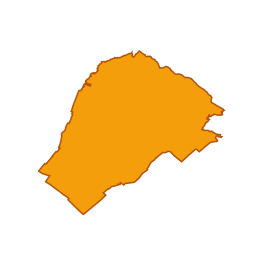 Candesti, Neamt, Romania, rotated 165°
{"feature_id": "2599482B29672105595904", "entity_name": "Candesti", "entity_type": "district", "adm_level": 2, "iso_a3": "ROU", "parent_name": "Romania", "parent_adm1": "Neamt", "projection": "equal_earth", "projection_center": [26.554, 46.712], "detail": "fine", "context": "isolated", "style": "filled", "palette": "amber", "viewbox_px": 256, "rotation_deg": 165, "n_neighbors": 0, "source": "geoboundaries", "source_scale": "gbopen_adm2", "svg_char_len": 5697}
<svg xmlns="http://www.w3.org/2000/svg" viewBox="0 0 256 256"><g transform="rotate(165 128 128)"><path d="M97.2,199.5L99.7,197.8L101.3,197.4L102.4,196.2L103.9,195.4L104.6,195.1L105.4,196.8L104.7,197.4L104.8,197.9L104.8,198.6L105.3,198.9L104.8,199.9L105.9,199.3L107.2,199.5L108.6,199.5L109.3,199.2L111.9,198.8L113.1,199.0L113.4,199.0L113.6,198.7L114.0,198.6L115.5,198.6L116.3,198.1L117.1,198.1L118.3,198.2L120.3,198.7L121.9,198.9L122.1,199.2L122.5,199.4L122.5,199.2L123.0,199.1L123.6,198.8L125.0,198.9L125.9,198.6L126.7,198.9L127.3,198.4L128.4,198.3L128.9,198.0L130.7,198.3L131.6,197.8L132.5,197.8L132.4,197.5L132.8,197.3L133.1,197.5L133.3,197.7L133.3,198.1L133.6,198.3L135.9,198.7L136.4,198.9L136.6,198.8L136.3,198.3L136.7,197.6L137.8,197.1L138.6,197.1L139.7,196.1L140.6,195.8L140.4,195.5L141.2,194.6L141.3,194.2L141.9,193.8L141.8,193.6L142.5,193.2L142.4,192.9L142.1,192.6L142.3,192.1L142.0,191.8L142.0,191.5L142.2,191.2L142.6,191.1L142.7,190.9L143.3,190.8L143.5,190.3L143.9,190.2L144.1,189.9L144.8,189.6L145.1,189.8L145.8,189.8L146.1,189.6L146.4,189.0L146.9,189.2L146.9,189.4L147.2,189.9L147.1,190.2L147.4,190.3L147.6,190.1L147.4,189.8L147.5,189.7L148.0,189.8L148.1,190.1L148.3,190.2L148.6,189.9L149.3,190.0L150.3,189.6L150.4,188.9L150.3,188.3L150.6,188.2L150.3,188.0L150.3,187.7L151.6,187.4L152.7,186.3L153.6,185.9L154.1,185.8L154.2,185.5L154.5,185.6L155.1,185.4L155.8,184.9L156.6,184.6L156.7,184.3L156.2,184.3L156.2,184.0L156.3,183.7L157.5,182.4L155.6,181.5L152.7,179.7L153.6,178.3L156.9,180.7L158.6,181.6L158.7,181.3L159.4,181.3L159.5,181.2L159.4,181.0L159.5,180.9L159.9,180.8L160.1,180.6L160.2,180.2L159.6,179.5L159.5,179.3L160.0,179.0L160.9,179.2L161.4,179.1L162.0,177.6L162.3,177.5L162.6,177.6L162.8,177.4L163.0,177.3L162.8,176.9L163.0,176.7L164.5,176.3L164.8,176.4L165.3,176.9L165.5,176.9L165.7,176.4L166.0,176.4L166.3,176.2L172.5,167.5L172.9,167.1L174.3,165.2L175.2,163.7L175.8,163.1L176.3,162.0L178.0,159.4L178.6,158.7L177.2,157.6L178.7,156.2L178.1,155.3L178.1,155.1L180.7,152.0L180.6,151.8L180.7,151.5L183.7,147.9L184.6,148.4L186.6,146.6L188.1,144.5L188.8,143.0L189.7,141.8L192.1,140.8L193.6,139.8L193.9,139.1L194.1,137.5L194.4,136.5L195.4,134.7L196.0,133.3L197.2,131.0L199.2,128.0L199.3,128.1L199.8,127.4L199.1,127.0L199.8,126.4L199.1,125.9L201.4,124.2L203.0,123.3L203.6,123.8L208.5,120.4L208.2,120.1L216.6,114.4L217.6,115.2L225.4,109.6L225.3,109.3L224.9,108.8L224.2,108.1L222.6,106.1L221.5,105.6L220.4,104.7L219.1,104.0L218.0,103.1L217.1,102.8L216.0,102.2L221.5,97.4L221.4,97.2L221.0,96.9L219.9,95.7L217.7,93.4L214.0,88.6L209.1,82.5L207.6,80.3L205.4,77.9L203.4,75.2L203.6,74.8L204.5,74.2L196.2,60.0L193.6,56.1L193.2,56.2L172.8,65.6L166.8,68.9L168.7,71.6L163.2,74.4L162.9,74.0L161.0,74.5L159.0,75.9L158.0,75.4L151.1,75.6L151.5,76.0L150.1,75.7L149.5,77.2L146.9,74.1L146.0,74.4L145.0,75.3L144.4,75.0L135.8,73.9L135.4,74.2L131.0,76.3L128.3,78.4L128.1,78.7L127.2,79.4L124.8,80.9L123.7,81.1L123.0,81.5L120.9,82.1L120.0,82.7L119.8,82.9L120.1,83.7L118.8,84.6L117.9,85.8L116.9,86.4L116.1,87.6L114.7,88.8L111.4,90.1L110.6,90.5L110.1,91.0L105.3,93.3L102.6,94.4L101.6,95.0L101.2,95.5L99.5,94.8L98.2,94.6L96.5,94.8L95.6,95.1L94.9,94.9L93.4,94.2L92.7,93.4L92.5,92.9L91.1,90.1L85.0,81.5L76.5,86.0L71.0,88.7L68.0,90.0L67.0,89.3L65.5,86.7L65.3,86.6L59.4,89.5L53.5,92.2L52.1,92.7L51.3,92.8L50.1,92.7L49.0,92.4L47.4,92.4L45.8,92.0L45.1,92.2L44.8,92.5L44.7,92.7L45.0,93.4L45.2,94.1L46.1,95.3L46.1,95.6L45.1,97.1L44.3,97.5L43.2,97.1L43.3,96.7L43.1,96.0L41.5,95.6L40.4,94.9L39.7,95.3L41.2,96.0L41.0,96.7L40.4,97.5L40.6,97.7L40.9,97.9L41.4,97.8L42.1,98.0L42.6,98.5L44.8,99.6L45.2,100.2L45.6,100.3L45.9,100.9L46.8,101.7L47.1,102.3L47.6,102.4L48.0,103.3L48.3,103.4L48.7,103.1L49.7,103.4L50.2,103.6L50.6,104.7L51.7,105.0L52.3,105.3L53.4,105.4L53.9,105.6L54.5,105.7L55.8,106.6L55.6,107.0L55.9,107.0L56.2,107.4L56.5,107.2L57.0,107.4L56.1,108.1L55.9,108.9L55.4,109.1L54.9,109.8L54.6,110.0L53.5,110.4L52.3,112.2L51.9,112.3L51.5,112.7L51.6,113.0L51.4,113.2L50.8,113.5L50.1,113.3L49.4,113.5L47.5,115.1L47.2,115.2L47.7,115.8L49.1,116.0L49.3,116.3L48.8,116.7L49.3,117.1L49.2,117.2L48.6,117.0L48.4,117.3L48.1,117.3L48.0,117.5L47.7,117.4L47.5,117.5L47.5,117.9L47.2,118.2L47.5,118.3L47.1,118.7L46.6,119.5L46.2,119.8L46.0,119.6L46.0,119.2L46.9,118.4L46.3,118.1L45.9,118.3L45.5,118.3L44.9,117.6L43.9,118.4L43.1,118.5L42.9,118.3L41.3,119.0L41.2,118.8L40.0,118.5L39.2,117.8L38.1,117.3L37.6,117.3L36.7,116.8L36.0,116.8L35.1,116.4L34.4,116.6L34.1,116.3L33.3,116.5L33.2,116.7L33.6,117.2L33.3,117.7L33.5,118.1L33.2,118.4L33.8,118.7L33.9,119.2L33.1,119.7L32.8,119.5L32.3,119.5L30.6,120.2L31.1,120.5L31.3,121.3L31.2,121.5L31.8,121.9L33.5,123.9L36.4,126.5L37.6,128.0L40.7,131.0L41.1,131.4L40.2,134.2L39.3,135.3L39.1,135.8L39.6,136.6L39.7,137.7L40.0,138.0L41.3,139.1L41.9,140.3L42.1,141.5L42.8,142.7L43.8,143.8L44.3,144.8L44.4,145.3L45.3,146.0L45.9,146.8L46.6,147.3L48.1,149.2L49.0,150.0L49.5,150.9L50.1,151.8L50.7,153.3L51.8,155.1L52.3,155.7L52.9,157.2L53.8,158.9L54.7,159.8L56.6,161.0L60.2,162.2L61.5,164.3L62.5,165.6L64.9,167.0L66.0,167.3L67.2,167.4L68.0,167.7L68.7,168.1L68.8,168.4L69.1,168.7L69.3,169.2L69.8,170.0L70.0,170.1L70.2,171.1L71.3,172.0L71.3,172.6L71.7,172.9L72.0,174.3L72.3,174.6L72.2,174.8L72.5,174.9L73.5,176.4L75.3,177.6L75.7,177.7L77.7,177.1L79.4,177.1L80.3,177.5L81.5,177.5L81.5,177.8L81.6,178.0L81.9,178.1L81.9,178.3L81.8,178.6L82.2,181.2L82.2,181.8L82.6,183.4L83.0,184.4L84.3,185.8L84.4,187.1L84.8,187.4L85.7,187.7L86.0,188.3L86.7,188.9L87.0,189.3L87.2,190.0L87.3,190.7L87.6,191.2L88.9,191.7L89.3,191.7L89.8,192.0L90.3,192.2L91.1,192.0L92.1,192.4L92.3,192.6L92.5,193.5L92.4,193.9L92.6,194.2L92.9,194.3L93.7,195.2L94.8,196.1L95.7,197.6L97.2,199.5Z" fill="#f59e0b" stroke="#b45309" stroke-width="1.5"/></g></svg>